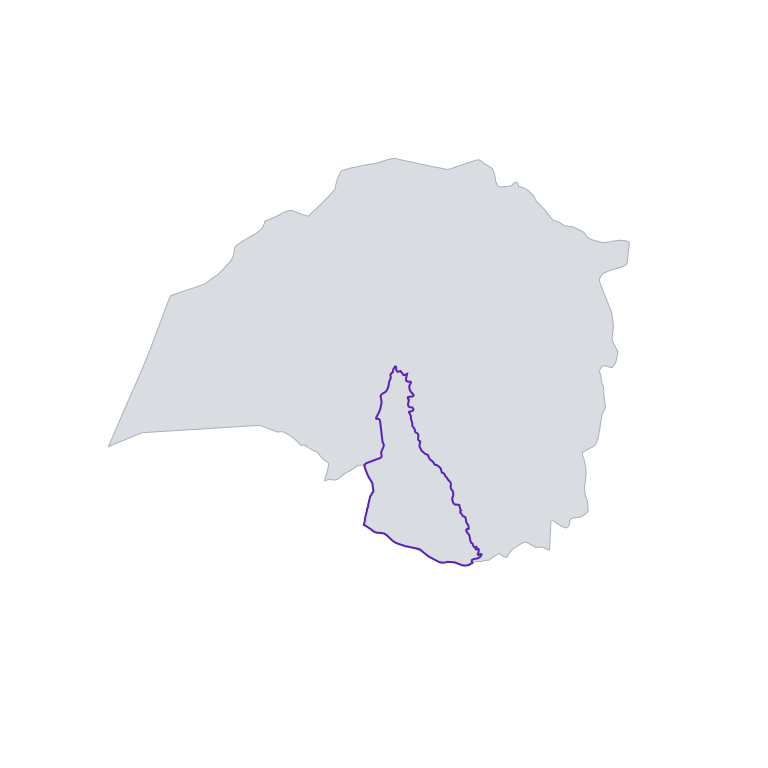 Afar on a map of Ethiopia (Albers equal-area conic projection), rotated 159°
{"feature_id": "ETH-3111", "entity_name": "Afar", "entity_type": "Administrative State", "adm_level": 1, "iso_a3": "ETH", "parent_name": "Ethiopia", "parent_adm1": "", "projection": "albers", "projection_center": [40.326, 11.654], "detail": "fine", "context": "in_parent", "style": "outline", "palette": "violet", "viewbox_px": 768, "rotation_deg": 159, "n_neighbors": 0, "source": "natural_earth", "source_scale": "10m", "svg_char_len": 8208}
<svg xmlns="http://www.w3.org/2000/svg" viewBox="0 0 768 768"><g transform="rotate(159 384 384)"><path d="M187.4,520.5L186.9,519.8L183.6,517.1L180.5,513.6L178.7,509.8L177.0,506.6L176.2,499.6L174.0,495.2L171.8,489.9L168.7,479.8L167.3,476.3L164.7,474.0L161.8,471.7L159.0,467.2L151.4,463.1L148.5,460.0L143.5,454.6L142.3,451.9L142.0,449.2L140.5,446.7L137.7,443.8L129.0,437.5L126.6,436.7L123.4,436.0L118.8,435.3L112.6,433.8L107.3,431.3L104.9,429.5L104.3,428.3L104.9,426.4L106.9,423.1L110.8,415.3L113.6,409.9L115.3,408.4L120.1,408.1L125.2,408.4L128.9,408.9L134.1,409.1L140.4,408.7L142.9,407.0L144.9,405.0L145.8,403.6L146.1,400.1L146.2,397.3L146.0,386.4L145.9,379.7L145.8,372.1L145.9,370.5L146.0,368.6L147.7,360.5L149.2,355.9L150.2,353.4L154.4,345.7L155.1,343.3L155.3,341.0L154.1,330.5L156.7,325.7L160.1,320.9L162.9,318.9L165.3,317.5L166.4,318.1L169.1,320.4L172.6,322.7L174.3,322.3L176.7,320.4L178.6,318.4L178.4,314.7L180.2,307.2L180.0,302.9L181.8,297.5L183.9,290.0L184.8,285.2L185.9,282.6L191.2,277.4L195.8,270.0L198.7,264.6L204.2,255.8L207.0,252.6L209.2,251.2L212.5,250.4L218.7,249.7L223.1,249.0L223.8,247.8L224.2,246.0L224.3,242.0L225.2,235.2L227.2,228.5L229.6,223.5L230.8,221.2L232.3,219.0L234.0,215.2L236.1,207.1L236.1,201.6L239.2,191.6L239.8,191.5L244.8,189.7L249.7,189.5L254.4,190.9L257.4,191.2L258.9,190.6L260.2,188.9L261.4,186.2L263.4,184.7L266.0,184.5L269.5,187.6L275.0,195.8L276.5,196.3L277.4,196.1L280.2,189.6L282.5,184.5L286.6,175.1L289.0,169.7L291.2,171.3L293.3,174.1L295.7,175.4L298.4,176.2L299.6,176.3L301.2,177.4L306.9,184.2L308.8,185.8L311.5,186.0L322.7,183.9L329.5,180.0L330.5,178.4L332.3,178.4L334.6,180.2L335.4,181.8L336.8,184.0L339.5,184.4L345.9,182.8L349.0,181.9L351.7,182.7L355.1,183.4L357.2,183.4L362.3,185.6L368.4,184.9L371.2,185.0L374.2,185.9L379.0,189.4L385.2,193.7L394.2,196.7L396.0,197.9L400.4,202.8L407.1,212.1L415.9,220.9L425.6,227.9L430.7,232.8L434.2,238.7L437.6,244.1L441.1,246.4L444.4,248.2L447.7,252.3L450.1,255.8L453.4,259.6L449.8,265.0L445.1,272.2L439.5,280.6L437.8,282.7L432.9,287.7L432.0,289.2L431.1,292.8L431.0,299.5L431.7,307.9L432.4,315.8L435.1,316.7L438.3,317.2L441.8,316.2L446.0,315.3L451.2,314.7L457.0,313.1L460.4,311.8L464.0,311.9L467.2,313.2L468.7,314.4L471.0,314.8L473.9,314.7L473.3,316.2L471.7,318.4L469.8,320.6L468.1,322.8L464.3,329.1L464.2,329.9L464.7,331.1L466.8,333.9L469.0,338.5L470.2,342.7L471.2,344.8L473.8,347.1L477.7,351.9L479.7,355.1L483.9,356.8L485.3,360.9L488.5,367.0L492.0,371.8L495.3,375.5L499.0,377.0L500.4,377.1L508.2,384.0L514.1,389.3L515.5,390.1L526.1,393.5L538.3,397.3L548.1,400.4L560.6,404.3L572.9,408.1L584.5,411.8L600.7,416.9L613.8,421.0L624.2,424.2L626.4,425.3L663.7,424.3L654.7,433.5L644.6,443.9L633.9,454.8L627.0,461.8L616.0,472.9L606.9,482.1L597.4,492.1L588.9,501.2L577.8,513.8L570.6,521.9L559.3,534.6L552.2,542.5L551.1,543.0L540.7,542.6L530.6,542.1L517.7,541.6L516.2,541.6L512.5,542.4L510.2,543.1L501.0,545.4L499.3,545.9L491.6,549.4L483.8,553.4L479.7,556.5L476.5,560.9L475.1,564.1L473.7,565.5L471.3,566.7L454.8,569.8L450.0,570.3L442.3,572.7L438.2,576.7L437.0,578.7L431.4,578.7L421.8,579.3L417.6,580.0L415.6,580.1L411.9,580.1L408.8,579.4L406.8,578.3L404.3,575.9L398.7,570.9L394.6,567.8L385.7,571.4L377.6,574.9L366.2,580.0L359.6,583.6L357.7,587.2L352.6,593.8L348.1,597.8L346.4,598.3L336.2,597.4L332.5,596.6L326.5,595.8L318.3,594.3L312.8,592.8L306.9,592.6L298.3,592.0L293.0,590.8L287.7,587.1L280.9,582.7L273.8,578.1L266.6,573.3L258.0,567.9L248.6,561.9L246.5,561.3L245.5,561.1L235.3,560.8L224.7,560.3L217.5,560.0L215.3,559.3L213.6,558.0L211.5,553.6L208.7,550.4L205.7,546.4L205.5,541.1L206.5,535.3L207.3,533.4L206.9,531.5L207.0,528.9L205.3,526.4L194.9,523.4L193.3,523.6L191.5,524.6L189.5,525.3L188.1,524.6L187.3,523.5L187.3,521.8L187.4,520.5Z" fill="#d9dde1" stroke="#a8b0b8" stroke-width="1"/><path d="M438.7,281.8L437.3,283.8L436.9,284.2L436.4,284.6L435.9,284.9L435.5,285.0L435.1,285.2L434.9,285.8L434.6,286.3L433.1,286.9L432.6,287.3L432.0,288.5L431.5,291.3L430.5,294.8L430.5,296.8L431.5,301.1L431.9,305.2L431.9,312.5L431.7,314.1L431.0,315.2L431.2,315.4L430.8,315.6L430.2,316.0L429.5,316.3L428.4,316.4L413.7,316.3L412.9,316.6L412.1,317.4L411.8,318.3L411.7,319.4L411.5,320.3L410.4,322.1L407.6,324.9L406.3,326.5L406.0,327.2L405.9,327.9L406.1,329.5L406.1,330.5L400.9,351.0L400.9,352.0L401.2,352.9L401.8,353.5L403.4,354.1L403.8,354.6L403.2,355.5L398.6,359.6L396.5,361.9L393.2,367.0L392.7,368.4L392.0,371.1L391.7,373.7L390.7,374.7L389.7,375.3L388.5,375.6L385.5,376.1L384.2,376.7L383.1,377.6L381.9,378.8L380.9,380.0L378.4,384.1L377.9,384.8L375.6,387.1L375.3,387.6L375.2,388.2L375.1,389.1L374.7,390.2L373.8,391.0L372.8,391.6L371.6,391.7L370.3,394.1L369.6,394.8L367.3,396.4L366.8,396.2L366.6,395.4L367.5,392.9L367.5,391.3L366.8,390.5L365.6,390.3L364.0,390.2L364.1,389.5L363.9,389.1L363.6,388.8L363.3,388.3L363.1,387.7L362.8,386.0L362.6,385.4L361.8,385.0L360.8,385.0L358.8,385.2L359.7,383.7L360.9,382.1L361.9,380.4L362.0,378.6L360.6,377.6L360.2,377.3L359.1,377.0L358.8,376.9L358.2,376.3L358.3,375.7L358.9,375.1L359.7,374.5L361.0,373.2L361.7,371.5L362.0,369.6L361.9,367.6L360.5,364.1L360.4,362.6L361.9,362.2L365.0,363.0L366.4,363.1L367.0,362.0L366.8,361.5L366.6,361.1L366.4,360.7L366.4,360.2L367.4,358.9L367.7,358.2L368.8,356.7L369.0,355.9L369.1,354.4L368.7,353.6L368.0,353.1L366.9,352.4L366.1,351.8L365.6,351.1L365.5,350.3L365.9,349.4L366.5,348.9L367.4,348.7L368.3,348.7L369.1,348.9L370.0,349.1L370.5,349.1L370.8,348.9L370.8,348.2L370.7,347.2L370.5,346.2L370.4,345.2L370.5,344.2L371.2,342.4L371.3,341.7L371.7,337.0L371.9,336.2L372.4,335.4L372.5,334.7L372.5,334.4L372.5,334.2L371.6,331.4L371.6,330.5L372.0,328.7L372.0,327.9L371.8,327.4L370.6,326.0L370.2,325.0L370.2,324.1L370.5,323.3L371.5,321.4L371.9,320.4L372.0,319.4L371.6,318.4L370.7,317.4L372.8,314.2L373.0,313.7L373.2,313.0L373.2,312.3L373.0,311.0L372.9,309.2L372.7,308.2L372.3,307.2L370.8,304.5L370.3,303.7L369.6,303.1L368.4,301.9L368.5,300.8L368.5,299.7L368.2,297.6L367.9,296.7L366.3,294.1L366.0,293.3L365.7,291.3L365.5,290.5L365.4,290.3L365.2,290.1L364.4,289.8L363.6,289.1L363.0,288.3L361.7,285.9L361.4,285.2L361.4,284.2L361.7,280.5L361.6,280.3L360.7,279.8L360.5,279.5L360.3,279.2L360.0,278.7L359.8,278.1L359.8,277.6L359.8,276.5L359.7,275.9L359.6,275.4L359.4,274.9L358.7,273.9L358.6,273.4L358.7,272.9L358.7,272.4L358.4,271.4L357.5,269.4L357.2,268.3L357.2,267.8L357.2,267.4L357.3,267.0L357.9,265.2L358.5,264.7L358.8,263.9L358.9,263.0L359.0,262.2L358.9,261.4L358.3,260.2L358.2,259.6L358.4,257.7L358.8,256.1L359.6,254.7L360.9,253.4L361.4,252.3L361.9,250.6L362.0,248.8L361.8,247.6L360.9,246.1L360.3,245.5L359.5,245.3L358.7,245.2L358.2,244.9L357.1,244.0L357.0,243.8L357.3,243.2L357.4,242.7L357.4,241.9L357.5,240.9L357.6,240.1L357.4,238.3L357.9,238.3L358.4,237.8L358.8,237.1L359.0,236.5L358.9,236.3L358.5,235.8L358.3,235.4L357.7,232.5L357.5,232.1L357.4,232.0L357.0,231.8L356.8,231.7L356.2,231.1L356.1,230.9L355.9,230.3L355.8,229.8L356.6,226.0L356.7,225.1L356.6,224.1L356.0,222.6L355.9,221.7L356.8,218.8L357.1,218.3L358.5,218.9L359.6,218.3L359.8,216.7L359.4,214.8L358.9,213.5L358.6,212.1L358.8,210.5L359.5,207.0L359.5,204.8L359.4,204.6L359.4,204.3L359.2,204.0L358.7,203.6L358.5,203.1L358.5,202.6L358.6,201.2L358.6,200.6L358.5,199.8L358.2,199.1L357.8,198.7L357.3,198.8L356.8,199.0L356.2,199.0L356.0,198.3L356.1,198.0L357.4,196.7L356.8,196.3L356.2,196.2L355.6,196.1L355.0,196.2L354.8,195.9L354.9,195.2L355.9,193.3L357.5,191.5L357.6,191.0L357.1,190.5L354.8,190.7L354.0,190.2L354.0,189.9L354.2,189.6L355.2,188.8L356.4,188.1L358.9,187.6L359.5,187.7L361.0,188.1L363.8,188.4L364.8,188.3L364.9,188.2L365.0,188.1L365.2,187.8L365.5,187.3L365.5,187.2L365.6,186.2L365.5,185.7L365.4,185.4L365.8,185.2L366.1,185.0L366.9,185.2L367.5,185.2L369.3,184.6L369.9,184.6L373.2,185.4L374.8,186.1L376.2,186.9L379.0,189.5L381.5,191.9L383.6,193.0L387.5,194.8L388.5,195.2L391.8,195.6L394.3,196.6L396.5,198.2L400.3,202.5L404.2,206.9L407.1,212.0L409.7,216.6L410.8,217.7L415.7,220.8L422.1,224.9L426.0,228.1L428.8,230.4L430.2,231.8L431.5,233.5L432.6,235.4L435.5,241.6L437.4,244.3L440.3,246.1L442.4,247.0L444.5,248.1L446.2,249.6L448.7,253.7L451.7,257.8L453.4,259.7L451.2,262.7L450.1,265.1L445.3,271.9L444.7,273.3L444.5,273.8L443.6,274.2L443.2,274.6L441.7,277.4L438.7,281.8Z" fill="none" stroke="#5b21b6" stroke-width="2"/></g></svg>